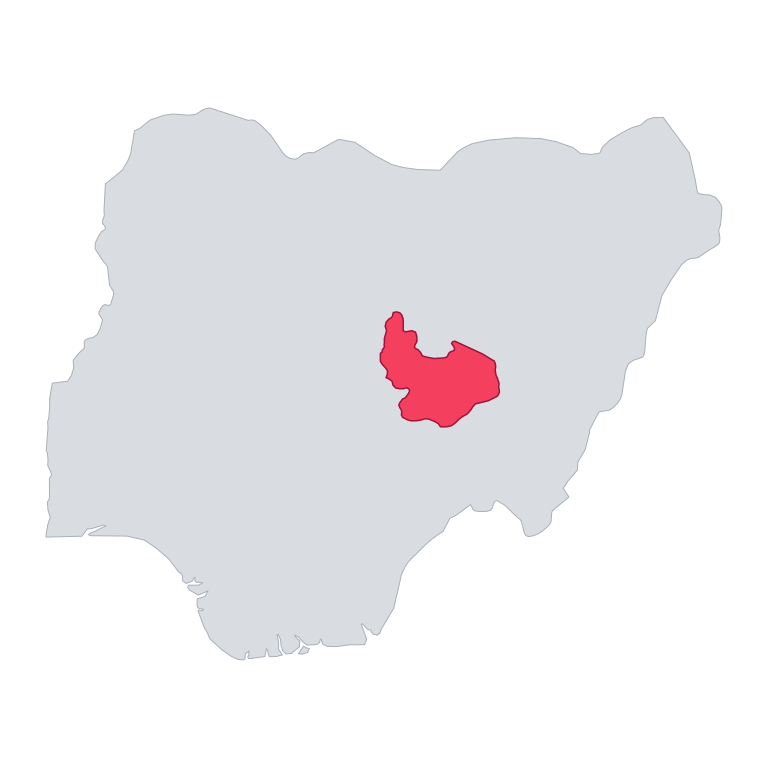 Nigeria, with Plateau highlighted
{"feature_id": "NGA-2866", "entity_name": "Plateau", "entity_type": "State", "adm_level": 1, "iso_a3": "NGA", "parent_name": "Nigeria", "parent_adm1": "", "projection": "orthographic", "projection_center": [9.38, 9.346], "detail": "fine", "context": "in_parent", "style": "filled", "palette": "rose", "viewbox_px": 768, "rotation_deg": 0, "n_neighbors": 0, "source": "natural_earth", "source_scale": "10m", "svg_char_len": 5143}
<svg xmlns="http://www.w3.org/2000/svg" viewBox="0 0 768 768"><path d="M663.2,117.4L689.3,153.0L695.2,179.7L697.5,192.8L701.8,194.4L709.8,195.0L715.6,197.5L719.2,201.8L721.5,205.9L721.9,208.3L720.6,224.4L718.7,230.2L719.9,238.1L719.6,241.5L718.8,243.8L715.3,246.5L710.4,249.2L698.9,257.0L695.6,258.2L690.8,258.4L686.5,260.4L681.6,264.6L671.0,280.1L661.9,295.6L655.4,320.7L647.3,328.5L645.9,335.5L644.8,351.1L643.6,355.8L642.3,357.2L633.5,360.2L628.4,363.8L625.5,370.9L621.8,395.0L620.4,398.9L617.6,403.1L613.1,407.7L609.2,410.2L599.0,411.9L589.5,430.0L589.4,433.2L585.2,449.6L577.8,462.1L577.4,470.0L568.1,480.9L563.3,488.4L568.3,496.1L568.7,497.3L552.7,510.5L551.7,512.5L551.1,521.5L549.9,524.0L546.9,527.3L542.6,531.0L538.2,533.8L533.2,535.8L528.4,536.6L525.7,535.4L524.2,532.7L521.5,521.6L520.1,519.3L517.0,517.1L504.6,505.0L497.1,500.7L495.4,501.1L494.2,502.2L492.1,508.4L490.0,510.6L486.0,511.4L479.2,511.5L474.2,510.7L473.0,509.4L470.6,504.6L455.3,515.8L449.9,518.3L443.0,531.4L433.3,537.9L426.6,543.6L408.7,561.4L405.1,566.7L401.5,574.5L393.8,608.1L381.4,629.0L379.7,633.4L379.0,633.3L377.4,635.2L372.6,633.9L370.4,630.0L367.5,629.4L362.4,623.7L361.3,624.6L366.7,639.1L364.6,644.7L349.5,644.8L336.4,646.6L327.4,646.4L322.9,644.3L320.9,638.9L320.2,639.5L319.7,642.4L316.8,644.6L306.8,645.0L302.3,641.3L298.7,637.1L294.9,635.3L295.5,637.0L299.9,641.1L299.3,646.9L291.2,653.5L286.0,653.9L282.9,651.0L281.2,646.2L280.4,639.2L278.3,634.7L277.2,634.7L278.6,642.2L278.6,649.3L282.4,654.9L276.5,656.5L269.4,656.7L268.5,654.6L267.6,650.0L266.4,648.8L264.9,656.5L250.3,658.6L248.2,658.2L247.8,656.8L248.9,654.7L248.7,651.2L245.4,653.9L244.9,659.2L243.0,660.0L237.5,659.2L231.4,656.4L221.6,649.6L209.6,638.5L207.7,633.5L204.2,627.4L198.0,610.7L199.2,610.0L202.0,610.9L203.4,609.3L198.3,608.1L197.3,606.9L197.0,603.2L197.2,598.7L204.9,596.5L206.6,593.7L207.7,591.0L198.3,595.1L189.6,590.2L187.7,587.4L188.6,585.2L198.8,585.1L202.4,583.0L200.2,582.3L196.3,582.3L194.9,580.9L195.1,577.5L193.8,578.2L192.1,581.2L186.2,583.4L182.8,581.1L182.4,576.1L181.7,573.9L178.8,572.1L168.6,558.8L155.7,547.7L144.2,540.0L126.9,536.1L90.5,535.7L88.4,534.6L90.7,532.9L93.9,531.8L105.7,525.9L103.7,525.0L91.5,528.6L87.3,528.9L81.9,536.2L46.1,537.1L46.2,533.8L47.9,524.2L50.2,517.5L47.9,509.4L47.4,502.0L48.9,499.8L49.5,497.0L49.4,478.2L51.3,475.5L51.4,473.5L47.8,465.5L48.0,459.3L47.4,453.3L46.2,450.6L48.0,427.7L47.6,422.0L48.8,417.9L49.6,408.1L49.7,398.4L52.3,383.1L67.6,381.3L71.4,375.4L73.7,367.8L73.2,360.3L78.2,353.8L84.3,348.1L84.2,341.6L85.9,339.7L88.7,338.3L92.8,337.6L97.4,334.4L100.0,328.9L102.6,320.0L98.8,313.7L98.9,312.3L100.5,309.0L102.9,305.7L104.9,304.6L109.2,305.5L110.7,304.2L113.7,294.4L113.5,291.7L109.5,285.1L107.6,267.1L106.4,264.8L103.3,261.5L95.1,248.8L95.4,242.8L99.1,235.2L101.5,231.6L104.8,229.6L105.5,227.8L104.5,225.7L102.9,224.0L102.6,220.6L104.3,215.8L104.0,210.6L105.4,183.7L112.3,178.5L122.5,169.9L127.8,160.8L130.6,153.9L134.5,130.8L139.8,128.4L150.0,120.1L163.6,115.4L172.5,114.0L188.0,115.2L195.8,114.4L202.6,110.0L205.6,108.7L209.9,108.0L248.3,120.4L251.9,119.9L254.8,120.7L259.6,123.9L270.8,135.2L282.6,152.6L286.3,156.3L290.0,158.3L293.8,159.1L296.7,158.8L299.5,157.2L303.3,153.9L309.0,152.5L313.7,152.8L337.9,139.7L340.2,139.5L355.0,142.4L375.2,155.8L391.7,164.5L403.3,167.5L417.0,169.5L440.2,170.2L457.8,151.5L464.3,147.4L472.1,143.7L488.4,140.2L515.4,137.7L540.8,138.6L556.6,141.8L573.2,147.7L580.5,153.5L591.7,154.4L599.8,153.1L602.3,147.3L610.3,139.7L622.4,132.5L632.2,127.5L640.3,125.2L647.4,119.5L653.1,117.7L663.2,117.4ZM307.7,652.4L302.1,654.2L298.5,653.7L303.5,646.2L306.0,647.8L309.3,648.5L307.7,652.4Z" fill="#d9dde1" stroke="#a8b0b8" stroke-width="1"/><path d="M494.0,360.7L495.3,363.5L495.7,366.5L495.2,370.2L495.9,374.5L496.4,376.2L497.3,377.8L499.0,383.2L499.0,384.9L498.6,386.7L499.3,390.2L499.4,392.5L497.4,396.2L488.5,400.7L475.3,403.9L472.5,407.2L471.3,409.3L468.3,412.9L466.7,414.3L462.6,416.5L458.9,419.3L455.6,422.6L451.9,425.5L447.8,426.6L443.5,426.9L440.4,426.7L438.3,423.7L435.3,421.8L428.6,419.0L425.0,418.8L421.4,419.9L416.2,420.8L410.8,420.8L407.4,419.8L402.6,417.3L401.4,415.0L401.7,412.2L401.3,409.8L399.9,407.8L398.8,405.1L399.8,402.7L401.2,400.9L402.6,398.9L404.7,398.2L406.0,396.9L408.4,393.6L409.3,391.6L409.6,390.0L408.5,388.7L407.0,387.7L405.2,388.1L404.3,388.5L403.3,388.7L399.5,388.7L395.7,388.0L393.0,385.2L392.1,381.3L389.4,379.2L386.1,377.6L387.3,374.3L387.5,370.8L385.4,367.7L382.7,364.9L380.4,361.4L380.4,353.3L382.0,352.1L382.2,351.0L382.2,350.1L384.5,346.8L384.1,344.9L384.4,342.7L384.4,338.3L386.6,330.7L385.2,326.3L386.2,322.1L389.1,318.8L391.1,317.9L392.5,316.1L392.8,314.1L393.3,312.5L396.6,311.9L399.9,312.8L401.9,315.3L403.0,318.5L403.3,321.3L403.2,330.5L405.3,331.9L411.9,330.7L415.5,332.1L416.7,336.0L417.0,340.7L416.5,342.4L415.5,344.0L414.8,345.6L414.5,347.4L415.9,348.8L417.9,349.5L420.5,352.4L422.4,355.9L426.0,357.0L434.0,358.5L442.9,358.0L445.1,357.6L447.2,356.7L448.9,353.2L450.3,351.9L454.0,350.5L454.6,348.6L453.8,346.6L451.6,343.5L452.3,342.1L453.1,341.6L454.9,341.2L482.8,354.1L492.3,360.0L494.0,360.7Z" fill="#f43f5e" stroke="#9f1239" stroke-width="1.5"/></svg>